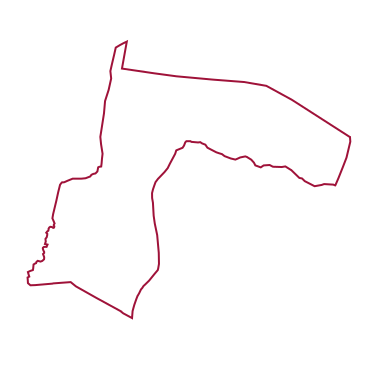 outline of Al Fashaga, Gedarif, Sudan, rotated 101°
{"feature_id": "16777658B79230518314977", "entity_name": "Al Fashaga", "entity_type": "district", "adm_level": 2, "iso_a3": "SDN", "parent_name": "Sudan", "parent_adm1": "Gedarif", "projection": "orthographic", "projection_center": [36.017, 14.347], "detail": "fine", "context": "isolated", "style": "outline", "palette": "rose", "viewbox_px": 384, "rotation_deg": 101, "n_neighbors": 0, "source": "geoboundaries", "source_scale": "gbopen_adm2", "svg_char_len": 2789}
<svg xmlns="http://www.w3.org/2000/svg" viewBox="0 0 384 384"><g transform="rotate(101 192 192)"><path d="M79.2,121.7L74.2,137.4L73.6,139.3L74.1,161.8L77.7,193.0L81.4,229.4L82.7,251.7L84.2,284.3L56.8,284.7L59.1,287.8L60.1,289.0L61.3,290.5L64.8,294.4L71.9,294.6L82.0,295.0L88.9,295.2L96.0,293.0L107.6,293.3L119.3,294.7L131.6,293.4L155.4,292.5L162.4,290.4L171.5,287.1L176.7,286.7L181.2,286.2L184.3,286.0L185.0,287.9L185.7,288.8L187.2,288.8L189.9,288.8L192.2,290.3L193.1,292.4L194.3,294.0L196.2,294.9L197.3,296.7L198.8,299.1L200.0,303.1L201.7,311.7L204.9,316.6L206.4,318.7L206.9,319.5L207.1,320.3L207.3,321.4L208.4,322.1L210.1,322.9L217.6,323.3L226.6,323.5L240.2,324.1L244.5,324.0L246.2,322.8L249.1,320.9L250.4,321.4L251.3,321.3L251.9,320.6L253.2,320.6L253.7,321.4L253.1,322.8L253.2,324.5L254.2,325.4L255.5,325.8L256.4,325.6L257.5,325.7L258.2,326.5L259.8,327.3L260.6,326.1L261.9,325.9L264.2,326.0L266.0,326.9L268.5,326.1L271.1,326.4L271.1,325.3L271.2,323.8L273.6,324.3L273.8,325.5L274.2,326.9L275.2,327.7L276.2,327.6L277.9,326.6L279.0,325.7L280.0,325.5L281.3,326.4L284.1,324.7L285.0,324.5L286.3,324.4L288.2,325.8L289.2,327.4L289.1,328.9L289.0,330.3L290.2,331.3L291.6,331.5L292.3,332.6L293.4,333.7L297.4,333.3L299.0,333.3L300.4,335.8L301.9,337.8L303.7,336.9L306.1,335.6L307.3,337.1L309.8,336.4L312.6,335.7L312.8,335.6L313.7,334.0L314.4,332.8L313.3,328.1L308.6,311.6L308.2,310.8L303.6,293.9L306.8,287.9L314.3,265.4L322.8,238.7L323.0,238.7L324.2,236.4L326.5,229.0L327.2,226.8L320.2,227.6L313.8,227.1L307.6,226.2L304.3,225.6L304.2,225.5L301.9,224.7L301.6,224.6L297.4,223.5L295.7,222.5L293.6,221.7L291.7,220.3L287.2,217.2L279.3,213.0L275.2,210.7L274.8,210.7L273.8,210.6L273.2,210.6L268.9,210.7L258.1,213.0L240.8,218.0L240.6,218.1L230.1,222.5L222.6,225.1L210.0,228.3L205.5,230.0L200.7,231.0L196.9,230.8L193.2,230.3L189.3,229.7L185.4,227.8L184.7,227.3L177.7,222.8L173.2,220.4L168.4,219.1L157.7,215.8L154.2,215.4L154.0,215.2L150.4,209.7L148.0,208.7L144.6,208.1L143.3,207.3L143.2,207.2L142.4,203.2L142.8,202.4L142.9,202.2L142.2,195.4L142.1,195.2L141.5,193.4L142.4,191.3L142.4,191.2L143.0,187.9L145.5,185.4L145.6,185.2L148.4,175.7L148.8,172.8L149.1,169.8L150.6,166.8L150.6,166.7L151.7,160.3L151.9,155.6L150.7,153.8L148.9,151.3L146.9,146.5L146.9,146.4L147.2,144.5L147.3,144.4L149.0,139.9L149.2,139.7L151.3,136.9L151.5,136.7L153.8,134.9L154.7,129.2L152.3,126.8L152.2,126.6L150.7,121.0L150.7,120.9L151.7,117.6L151.7,117.0L150.4,109.0L150.4,108.8L150.3,108.5L149.1,105.3L149.1,105.2L151.5,99.0L151.5,98.8L157.7,89.3L157.7,86.6L159.6,83.7L159.8,83.5L162.9,72.8L162.9,72.7L160.3,66.0L160.1,65.7L159.0,63.8L159.0,63.7L157.8,54.8L157.8,54.7L158.2,52.7L157.8,52.5L150.5,50.9L138.9,48.7L128.8,46.9L112.4,46.2L107.9,47.4L107.9,47.6L82.5,111.4L79.2,121.7Z" fill="none" stroke="#9f1239" stroke-width="2"/></g></svg>